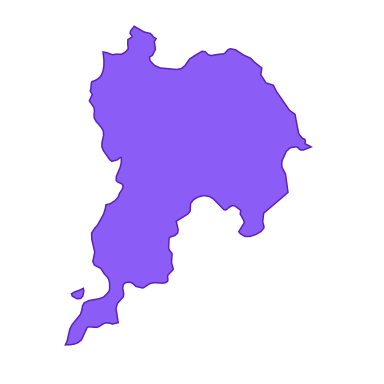 Gerona, orthographic projection, rotated 274°
{"feature_id": "ESP-5820", "entity_name": "Gerona", "entity_type": "Autonomous Community", "adm_level": 1, "iso_a3": "ESP", "parent_name": "Spain", "parent_adm1": "", "projection": "orthographic", "projection_center": [2.529, 42.07], "detail": "fine", "context": "isolated", "style": "filled", "palette": "violet", "viewbox_px": 384, "rotation_deg": 274, "n_neighbors": 0, "source": "natural_earth", "source_scale": "10m", "svg_char_len": 2965}
<svg xmlns="http://www.w3.org/2000/svg" viewBox="0 0 384 384"><g transform="rotate(274 192 192)"><path d="M30.7,76.3L34.4,77.8L46.8,79.7L51.0,81.5L62.2,89.3L66.9,90.4L70.7,90.7L73.8,92.1L76.5,96.7L79.1,106.9L81.0,111.1L84.9,114.6L87.4,116.2L90.1,116.6L95.3,116.1L98.6,115.2L101.0,113.7L104.4,110.1L109.2,106.5L110.1,104.9L111.7,100.9L112.6,99.5L115.8,97.9L125.3,99.2L137.8,95.3L144.1,94.7L149.7,97.9L152.1,99.9L163.8,105.4L170.0,106.8L173.2,107.0L174.7,111.4L177.8,115.6L181.7,118.7L185.4,119.7L189.5,122.0L191.7,122.8L193.8,122.7L195.2,121.4L196.9,117.0L198.4,115.5L202.3,115.4L211.6,118.6L216.0,119.4L221.4,119.1L221.3,117.9L218.8,115.1L217.0,109.9L218.6,107.6L227.0,100.8L230.6,99.0L234.7,98.7L242.6,99.9L246.8,99.2L250.0,97.1L256.0,91.2L259.2,89.3L262.5,88.9L265.9,89.0L269.3,88.4L275.8,83.2L282.3,85.7L285.7,83.4L287.9,83.9L293.8,84.0L295.1,84.4L296.4,87.4L298.0,89.9L300.0,92.0L302.4,93.5L306.5,94.8L311.6,95.3L316.9,95.0L325.5,93.5L325.1,97.1L323.4,103.0L324.3,107.2L324.4,111.9L327.0,115.8L330.4,118.4L334.9,117.6L339.6,117.4L342.3,121.2L343.6,121.2L345.8,119.1L348.4,119.5L353.3,122.8L348.6,132.3L347.9,135.0L347.3,139.2L345.7,141.2L343.9,142.7L342.5,145.5L339.3,143.9L331.8,145.6L325.5,142.9L323.7,140.2L320.0,141.0L315.7,145.7L313.5,151.6L313.3,161.2L313.1,167.9L314.3,172.7L317.6,176.2L324.6,180.4L328.5,185.6L333.1,192.2L332.8,195.6L330.2,198.3L329.4,201.8L330.6,206.1L331.7,211.7L331.9,213.6L332.7,215.0L336.5,218.1L337.6,220.2L336.9,225.5L332.0,234.3L329.5,241.3L326.2,244.8L320.5,253.0L313.8,252.4L306.0,258.2L304.2,265.7L298.3,269.1L280.3,283.5L276.7,289.4L270.1,291.0L265.4,292.3L260.0,293.7L257.8,294.4L256.9,294.9L253.8,297.8L253.1,299.0L252.4,301.0L250.4,301.5L248.1,301.4L245.3,307.7L241.7,300.1L241.5,297.6L242.0,296.4L243.9,294.2L244.4,292.8L243.1,287.1L239.1,283.2L229.6,279.7L226.1,279.5L222.8,280.1L216.5,284.0L198.3,287.8L175.9,265.0L167.3,264.6L162.5,266.2L160.9,266.1L157.5,263.6L154.2,258.8L151.8,253.2L151.3,248.1L153.2,244.2L154.6,242.2L155.8,241.5L165.0,246.3L167.2,245.7L173.4,241.6L177.1,241.9L181.1,235.7L181.2,232.9L179.1,229.8L177.4,228.2L176.4,226.8L176.6,225.1L186.6,213.9L188.6,210.0L189.3,204.3L187.6,198.7L184.4,194.0L180.5,191.4L172.5,191.4L169.7,189.3L161.7,178.3L153.9,180.7L150.0,180.6L147.2,177.7L145.7,173.7L144.4,172.3L134.5,172.6L132.2,173.6L129.9,175.9L129.1,176.4L119.9,176.5L113.9,178.7L112.9,178.3L107.6,173.8L106.2,173.5L102.7,174.1L101.1,173.8L99.7,172.1L99.1,169.5L98.9,160.7L98.2,157.6L97.2,155.6L93.1,150.3L92.8,149.2L93.9,142.7L96.8,139.0L97.5,136.9L97.4,134.1L97.0,132.4L96.3,131.2L95.4,130.4L94.2,129.8L91.3,129.6L85.6,131.0L82.7,130.8L75.7,125.4L70.8,124.3L56.5,127.5L54.7,121.8L55.3,119.6L55.5,117.5L55.4,115.4L54.7,113.2L51.2,108.5L50.3,106.4L50.3,98.4L49.6,96.9L36.7,92.0L33.9,89.0L32.1,85.2L31.1,80.8L30.7,76.3ZM82.0,78.8L84.1,81.8L86.1,86.4L88.3,90.3L87.6,90.5L85.6,91.0L85.0,91.0L80.5,90.3L77.9,88.2L77.5,84.8L79.7,79.9L82.0,78.8Z" fill="#8b5cf6" stroke="#5b21b6" stroke-width="1.5"/></g></svg>